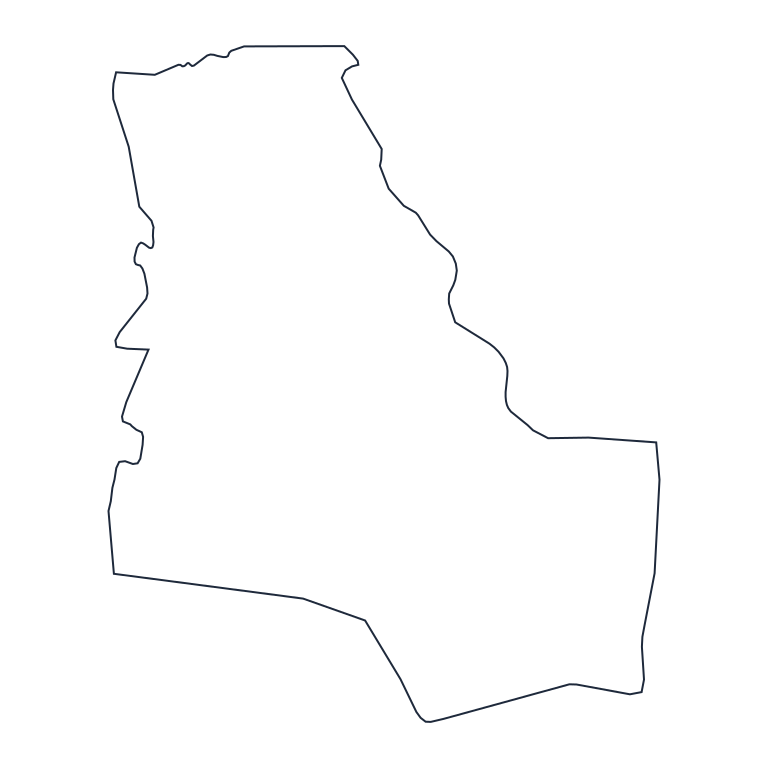 an SVG outline of Dhi-Qar
{"feature_id": "IRQ-3225", "entity_name": "Dhi-Qar", "entity_type": "Province", "adm_level": 1, "iso_a3": "IRQ", "parent_name": "Iraq", "parent_adm1": "", "projection": "mercator", "projection_center": [46.195, 31.256], "detail": "fine", "context": "isolated", "style": "outline", "palette": "slate", "viewbox_px": 768, "rotation_deg": 0, "n_neighbors": 0, "source": "natural_earth", "source_scale": "10m", "svg_char_len": 1809}
<svg xmlns="http://www.w3.org/2000/svg" viewBox="0 0 768 768"><path d="M139.3,206.7L128.7,146.7L113.3,99.3L113.0,90.0L113.5,83.5L116.1,72.3L154.8,74.8L178.4,64.8L180.5,64.9L182.3,66.3L183.8,66.2L185.3,65.4L187.0,63.5L188.1,63.0L189.1,63.4L190.1,64.5L192.0,66.0L193.9,65.6L207.2,55.5L210.4,54.5L213.8,54.8L217.4,55.9L223.3,57.1L226.1,57.0L227.9,56.1L229.3,52.6L231.3,50.8L244.1,46.4L344.3,46.1L352.9,54.7L357.7,60.9L358.3,64.8L352.0,66.4L345.5,70.3L341.8,77.9L351.9,99.5L381.7,149.0L381.2,159.7L379.9,165.8L388.7,188.7L403.8,205.8L415.8,212.7L418.1,215.3L430.1,234.6L436.4,241.1L448.8,251.5L452.9,256.5L455.8,263.6L456.8,270.6L455.3,279.8L453.3,285.3L449.2,293.5L448.8,299.4L449.0,303.6L455.2,322.3L489.5,343.7L494.2,347.4L498.6,351.8L503.5,358.4L505.8,363.0L507.1,367.0L507.5,371.0L507.3,376.0L505.6,392.1L505.6,396.8L506.0,401.1L506.9,404.9L508.3,408.1L510.9,411.6L527.6,425.1L533.0,430.3L548.1,438.2L588.6,437.6L656.2,442.4L659.5,479.7L654.6,573.3L644.8,624.0L642.4,636.8L641.9,646.8L644.0,679.6L641.6,692.1L629.9,694.3L576.5,684.5L569.4,684.3L443.5,718.9L430.7,721.9L425.6,721.7L420.6,717.8L416.4,712.0L400.5,679.2L365.1,620.5L303.1,598.6L113.9,573.8L108.5,511.0L110.8,501.2L112.4,487.8L114.5,479.5L116.3,468.0L119.2,461.9L125.1,461.2L132.9,464.0L137.6,463.3L140.3,458.7L142.6,444.8L143.1,436.9L141.8,432.3L139.5,431.2L136.4,429.8L131.8,426.1L130.3,424.4L122.9,421.4L122.0,416.6L126.3,402.1L148.5,349.6L127.2,348.7L116.4,346.8L115.4,340.4L119.7,332.1L146.2,298.7L147.5,293.5L147.1,287.5L144.4,273.7L142.4,268.5L140.2,265.5L138.0,265.0L135.9,264.2L134.6,261.6L134.5,257.5L136.9,247.8L138.9,244.2L141.0,242.6L143.2,243.4L145.2,244.7L149.1,247.7L150.8,248.1L152.3,247.5L153.1,245.3L153.5,242.0L152.9,236.0L153.2,229.6L153.6,227.5L151.5,220.8L139.3,206.7Z" fill="none" stroke="#1e293b" stroke-width="2"/></svg>